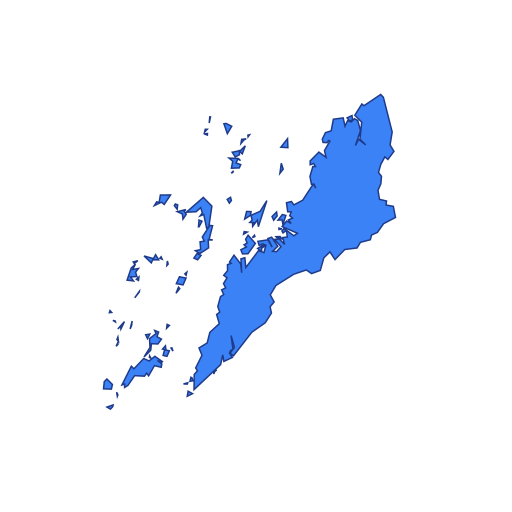 the district of Kawthoung, Tanintharyi, Myanmar, rotated 22°
{"feature_id": "60261553B98033082841224", "entity_name": "Kawthoung", "entity_type": "district", "adm_level": 2, "iso_a3": "MMR", "parent_name": "Myanmar", "parent_adm1": "Tanintharyi", "projection": "robinson", "projection_center": [98.408, 10.778], "detail": "fine", "context": "isolated", "style": "filled", "palette": "blue", "viewbox_px": 512, "rotation_deg": 22, "n_neighbors": 0, "source": "geoboundaries", "source_scale": "gbopen_adm2", "svg_char_len": 6214}
<svg xmlns="http://www.w3.org/2000/svg" viewBox="0 0 512 512"><g transform="rotate(22 256 256)"><path d="M370.9,168.0L364.7,158.5L357.5,160.0L356.4,156.1L349.3,157.2L344.5,149.4L344.7,142.3L342.5,135.1L338.3,132.7L337.4,124.4L338.3,115.8L342.1,117.1L344.7,107.3L338.7,102.8L335.8,90.0L314.7,61.2L311.1,59.5L299.8,76.2L297.2,75.4L294.9,88.5L303.9,92.3L308.6,108.8L316.2,111.9L307.4,109.4L306.8,116.3L305.9,100.6L299.6,92.3L295.8,91.8L294.1,96.0L290.2,96.3L289.9,102.3L285.1,95.3L276.5,100.2L278.8,111.8L274.2,115.6L273.7,122.8L275.6,125.6L279.4,124.3L280.0,121.8L281.5,121.8L280.0,132.6L284.0,138.3L275.4,136.1L270.6,147.6L272.1,151.1L274.8,148.6L277.6,150.8L275.2,151.8L276.2,162.0L280.5,168.7L282.8,167.7L286.1,170.6L282.1,168.0L278.4,186.8L272.0,194.4L268.4,192.2L264.3,195.2L268.8,203.1L272.1,201.9L272.2,206.1L275.7,207.2L272.5,210.4L276.4,212.7L271.3,212.1L269.2,218.9L285.9,219.4L283.5,223.1L274.6,220.7L277.9,226.7L273.8,228.9L278.2,234.6L271.4,231.5L267.0,233.6L275.7,238.0L273.4,244.3L269.6,245.4L272.6,238.8L263.5,232.7L260.5,235.3L267.7,241.8L260.9,236.6L252.3,241.7L255.0,245.0L257.6,242.2L261.1,242.3L262.1,249.9L256.3,250.2L250.9,270.5L246.3,261.8L243.1,264.3L249.0,276.9L244.8,269.1L235.3,263.5L233.7,271.5L235.7,272.1L232.8,274.7L235.1,280.3L233.3,286.0L237.3,287.1L236.2,293.7L239.8,296.9L236.8,300.3L240.5,303.8L238.3,307.0L239.5,317.2L243.4,321.7L241.4,325.0L247.3,332.5L241.8,344.1L243.3,354.9L237.6,362.6L243.1,368.3L242.0,382.4L244.7,384.4L243.1,389.0L248.6,403.1L263.9,369.9L262.2,360.1L265.7,365.8L272.1,358.9L267.7,355.9L267.9,353.3L269.5,351.0L262.7,339.1L270.2,348.8L268.4,355.8L272.5,357.0L280.7,328.2L289.6,314.4L291.7,303.1L288.1,297.8L290.0,291.8L283.8,286.7L285.5,275.9L297.9,258.7L307.9,250.1L314.1,251.5L321.0,245.3L319.6,232.3L323.0,224.5L330.6,229.7L335.9,216.7L346.7,210.7L347.7,204.2L355.9,198.1L355.3,193.2L359.7,188.7L362.2,178.2L370.9,168.0ZM196.4,226.3L185.2,221.4L175.0,241.5L183.9,237.4L186.6,231.9L190.1,236.1L189.2,239.8L192.0,237.1L199.7,248.6L201.4,246.6L199.1,258.5L202.5,261.6L198.8,263.8L202.3,270.8L197.8,273.8L203.0,274.8L209.0,266.2L205.7,259.1L209.9,257.3L206.3,258.2L204.4,244.2L201.0,245.1L196.4,226.3ZM208.8,389.0L199.8,386.9L196.2,393.4L190.3,393.1L185.1,406.3L181.7,404.9L180.0,425.8L182.2,423.9L183.4,427.1L185.7,424.0L188.3,412.4L197.6,409.2L198.5,405.6L201.3,407.3L202.9,395.7L209.8,394.7L209.1,391.3L203.7,389.8L208.2,390.0L208.8,389.0ZM247.2,227.9L245.3,200.6L243.1,213.0L236.1,220.2L239.0,224.1L237.7,227.2L241.6,225.9L240.8,227.5L241.8,229.8L243.8,222.3L247.2,227.9ZM240.9,239.7L240.1,244.4L242.9,247.3L240.7,250.1L243.7,251.2L239.6,255.9L242.7,259.1L247.7,256.9L250.7,244.6L240.9,239.7ZM194.2,363.0L190.0,363.0L192.4,365.4L188.2,372.5L192.0,380.6L190.0,391.5L193.7,382.9L191.9,376.5L198.0,374.3L199.5,368.5L194.4,367.9L194.2,363.0ZM153.9,231.4L144.5,235.3L146.1,242.6L143.6,243.0L142.9,247.3L148.2,241.5L151.6,242.6L153.9,231.4ZM146.7,314.7L147.3,308.7L144.8,313.9L145.5,326.7L151.8,325.0L147.4,322.4L153.3,319.7L150.4,316.1L151.7,311.6L146.7,314.7ZM171.0,428.9L163.8,425.9L162.4,429.4L164.4,436.3L171.8,433.6L171.0,428.9ZM203.2,172.2L194.3,175.3L198.9,176.8L200.3,183.8L207.5,180.6L207.6,177.0L202.6,177.2L202.9,172.6L205.9,173.4L203.2,172.2ZM204.8,157.9L202.1,164.0L195.1,168.7L199.6,171.9L202.7,168.3L201.4,164.9L205.0,166.4L204.8,157.9ZM167.2,296.0L162.4,292.4L161.9,296.8L152.2,297.9L161.5,301.6L161.6,298.3L167.2,296.0ZM199.4,302.7L192.8,303.9L192.5,311.5L199.2,310.1L199.4,302.7ZM268.5,207.2L264.9,207.7L263.0,214.5L266.6,212.7L269.1,216.6L268.5,207.2ZM172.5,241.4L173.6,239.2L166.4,244.4L172.0,244.6L174.5,249.2L175.7,243.4L172.5,241.4ZM184.9,144.8L178.6,144.3L176.7,145.4L183.6,153.3L184.9,144.8ZM205.7,373.2L204.2,377.3L206.4,377.1L207.1,383.0L211.0,382.4L211.2,376.4L207.7,376.9L205.7,373.2ZM234.8,216.7L230.6,218.2L231.7,226.0L235.6,220.4L234.8,216.7ZM245.0,143.6L241.3,135.4L238.3,145.8L245.0,143.6ZM258.6,207.5L256.1,213.4L259.0,216.2L260.6,210.9L258.6,207.5ZM247.2,170.4L248.7,165.3L244.7,160.5L247.2,170.4ZM294.6,93.7L292.4,89.8L288.7,93.8L292.2,95.7L294.6,93.7ZM248.7,407.4L243.7,406.8L244.8,411.8L248.7,407.4ZM204.8,276.0L200.4,275.9L199.2,281.2L203.3,281.4L204.8,276.0ZM210.4,211.1L208.1,214.3L211.5,217.0L212.4,213.8L210.4,211.1ZM158.1,374.3L158.6,366.1L155.2,375.4L156.8,372.0L158.1,374.3ZM259.6,249.7L257.4,245.0L254.7,248.4L259.6,249.7ZM271.6,219.7L270.7,223.1L272.4,224.5L274.4,221.3L271.6,219.7ZM178.4,452.5L179.6,449.4L179.3,447.6L174.4,451.9L178.4,452.5ZM162.8,150.2L161.7,144.1L161.0,144.3L162.8,150.2ZM203.0,151.0L199.0,153.2L199.9,157.3L201.4,152.8L203.0,151.0ZM186.3,373.3L186.8,368.2L183.2,370.3L186.3,373.3ZM192.9,244.0L189.7,244.0L191.7,250.5L192.3,250.2L192.9,244.0ZM166.6,370.8L166.7,367.0L165.5,362.7L166.6,370.8ZM244.2,395.4L242.4,393.0L241.1,392.8L241.7,396.9L244.2,395.4ZM258.7,246.2L260.6,243.1L257.3,244.2L258.7,246.2ZM159.2,340.2L161.3,333.1L161.1,332.4L159.2,340.2ZM240.2,399.1L236.7,401.8L240.3,400.5L240.2,399.1ZM146.0,308.6L148.2,304.6L144.4,307.5L146.0,308.6ZM201.7,352.8L199.2,352.7L200.2,356.5L201.7,352.8ZM153.8,322.4L156.2,322.7L155.3,319.3L153.8,322.4ZM273.3,230.5L271.1,228.9L267.3,230.6L268.4,231.1L273.3,230.5ZM165.4,242.2L164.2,237.9L161.7,238.0L161.4,239.9L165.4,242.2ZM180.0,436.5L177.8,434.5L180.0,438.1L180.0,436.5ZM197.5,314.8L195.8,313.9L195.8,320.5L197.5,314.8ZM261.1,381.2L261.0,378.8L262.2,376.2L260.1,379.1L261.1,381.2ZM160.4,386.6L158.3,382.9L158.3,385.5L160.4,386.6ZM198.4,300.1L197.9,296.9L196.7,299.2L198.4,300.1ZM167.7,294.1L170.2,294.1L168.3,292.3L167.7,294.1ZM204.0,148.5L204.6,146.0L203.2,147.0L204.0,148.5ZM163.3,156.8L161.5,157.5L161.9,160.4L163.3,156.8ZM269.8,221.2L266.8,221.6L267.4,222.8L269.8,221.2ZM214.7,375.3L212.4,372.7L211.7,373.2L214.7,375.3ZM196.7,390.0L194.8,388.5L195.2,390.0L196.7,390.0ZM238.9,237.1L235.9,237.8L236.3,240.4L238.9,237.1ZM245.7,240.3L247.7,238.4L246.8,237.3L245.7,240.3ZM203.2,185.4L202.8,186.7L201.9,188.4L203.2,187.3L203.2,185.4ZM143.3,362.4L141.1,361.3L141.3,363.5L143.3,362.4ZM165.1,160.6L162.3,162.2L165.6,162.1L165.1,160.6ZM176.9,298.2L177.6,296.4L175.7,293.8L176.9,298.2ZM160.1,392.1L161.1,389.7L160.3,388.1L160.1,392.1ZM150.4,369.8L149.8,369.0L147.4,369.3L150.4,369.8Z" fill="#3b82f6" stroke="#1e3a8a" stroke-width="1.5"/></g></svg>